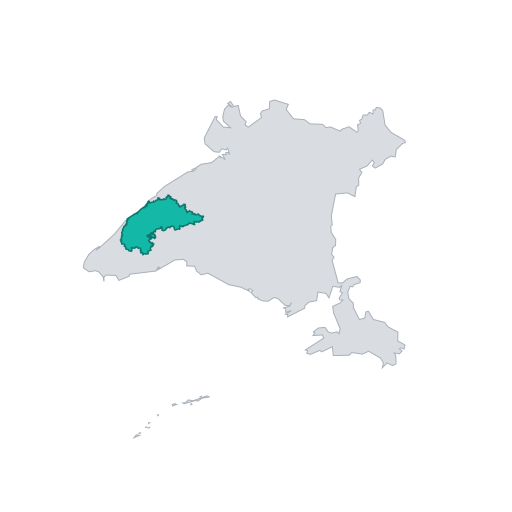 location of Karnataka within India, rotated 68°
{"feature_id": "IND-2446", "entity_name": "Karnataka", "entity_type": "State", "adm_level": 1, "iso_a3": "IND", "parent_name": "India", "parent_adm1": "", "projection": "natural_earth1", "projection_center": [76.378, 15.043], "detail": "fine", "context": "in_parent", "style": "filled", "palette": "teal", "viewbox_px": 512, "rotation_deg": 68, "n_neighbors": 0, "source": "natural_earth", "source_scale": "10m", "svg_char_len": 9731}
<svg xmlns="http://www.w3.org/2000/svg" viewBox="0 0 512 512"><g transform="rotate(68 256 256)"><path d="M103.2,221.8L109.1,220.5L109.8,216.1L120.5,217.9L127.8,214.8L130.2,217.0L133.6,215.0L129.7,199.0L125.6,198.5L123.9,195.9L124.5,188.4L117.9,185.4L118.2,180.6L127.5,169.2L131.5,173.1L142.8,169.9L147.8,160.0L153.7,156.5L158.8,145.0L163.2,143.0L164.2,138.7L171.8,131.1L170.6,129.2L171.1,121.2L179.0,116.2L178.1,114.2L172.4,112.7L172.2,109.3L169.1,109.2L168.5,106.4L165.5,103.9L167.0,99.9L165.2,97.2L168.1,94.3L164.5,92.7L165.2,90.7L163.4,88.9L165.2,85.4L168.6,84.0L183.0,87.3L192.1,84.4L204.4,74.8L206.8,75.0L206.6,77.9L209.8,86.0L216.4,89.8L213.9,93.5L214.8,100.0L218.2,104.1L219.1,112.6L216.1,114.4L213.8,111.4L210.6,112.3L214.2,119.4L214.3,127.5L218.1,126.5L222.1,131.6L228.9,134.2L229.4,137.0L238.0,142.1L231.7,147.6L228.4,159.0L247.1,171.2L255.7,173.6L256.4,175.6L262.2,177.4L270.6,175.9L276.0,178.3L276.9,181.6L282.8,185.3L286.2,184.1L288.6,187.1L311.8,189.9L313.4,185.6L311.4,180.4L312.8,170.1L317.3,168.3L319.7,169.4L319.3,175.5L320.8,178.1L319.3,179.9L323.7,184.4L330.2,185.9L336.2,183.5L340.4,185.0L353.6,183.9L354.3,178.4L349.0,175.1L349.3,172.5L358.8,171.0L365.8,161.5L371.1,160.2L379.7,152.9L387.9,156.4L394.4,151.2L397.8,153.7L395.5,155.8L395.7,157.8L398.8,156.2L400.5,159.8L397.5,164.3L400.9,163.7L408.5,166.7L408.8,170.3L404.3,174.7L406.9,180.7L402.9,177.9L397.3,178.8L386.5,187.2L386.8,194.2L381.4,203.3L382.9,206.8L377.3,221.6L368.7,219.2L369.5,231.0L367.4,232.2L367.6,242.4L365.2,245.4L363.1,243.6L361.6,245.5L357.5,224.0L354.1,224.0L351.1,232.9L349.1,230.1L347.9,231.3L346.1,225.3L348.0,218.8L353.4,217.6L355.7,214.9L356.8,208.9L359.3,208.1L354.8,205.2L337.9,205.4L331.4,203.7L331.1,195.5L329.4,192.0L328.2,194.7L326.3,194.7L322.5,189.6L320.5,191.6L315.6,187.6L316.4,190.1L312.9,196.2L322.2,204.1L317.0,205.0L312.6,212.1L320.1,216.5L318.6,224.1L320.4,229.4L322.6,230.3L324.3,249.6L322.3,248.5L321.1,250.5L319.9,243.7L319.4,249.6L316.2,248.3L314.5,249.9L315.1,243.5L312.4,240.5L314.8,243.7L312.6,247.5L303.7,251.6L301.2,254.9L302.5,261.7L300.2,266.6L296.3,270.4L294.9,269.8L294.6,271.8L287.8,274.4L287.1,271.9L284.4,273.6L283.7,275.6L286.4,275.2L279.4,281.5L272.4,292.0L253.9,307.1L252.9,313.9L247.6,316.8L242.5,316.7L239.2,324.0L235.6,322.2L231.9,324.6L229.3,332.6L232.1,352.6L230.5,349.7L229.5,351.0L232.5,354.1L225.6,379.9L227.3,381.3L227.2,392.3L221.6,393.2L217.6,401.8L218.4,404.8L222.7,406.5L218.0,405.6L212.0,407.6L209.5,410.3L208.1,416.7L202.2,420.5L197.3,417.5L191.8,410.2L189.3,403.3L188.4,397.3L190.8,402.2L189.5,397.4L182.8,379.3L174.5,364.1L168.4,339.9L163.8,332.6L162.6,325.2L160.9,324.6L157.3,315.1L152.5,287.6L153.9,282.8L153.6,281.2L152.1,283.4L151.8,282.1L151.9,279.3L153.7,279.6L151.6,278.5L150.4,272.6L152.8,262.0L150.0,253.2L151.2,252.0L149.9,252.1L155.2,248.4L149.2,249.1L150.9,245.6L149.0,245.6L149.3,243.3L152.1,242.3L145.4,241.9L146.4,244.1L143.8,247.5L146.1,251.2L143.5,255.9L133.0,261.2L127.3,259.9L111.4,241.6L112.3,239.8L114.6,241.7L124.2,238.0L127.6,231.5L118.8,235.7L114.3,234.6L108.1,230.2L105.8,225.4L109.6,221.9L103.9,225.1L103.2,221.8ZM366.1,377.1L364.0,372.8L366.7,368.4L367.2,354.2L369.3,351.8L367.6,359.4L368.8,364.5L367.4,365.8L366.1,377.1ZM378.7,431.1L378.8,437.2L376.9,433.9L378.7,431.1ZM363.9,389.4L362.5,389.5L362.3,386.9L363.9,385.1L363.9,389.4ZM373.7,421.3L373.6,423.1L373.3,421.4L373.7,421.3ZM375.4,418.8L374.8,421.2L375.0,418.7L375.4,418.8ZM377.2,428.9L376.7,430.8L376.2,430.1L377.2,428.9ZM367.4,406.8L366.4,406.9L366.9,405.9L367.4,406.8ZM365.8,378.0L364.8,379.0L365.2,377.4L365.8,378.0ZM369.2,370.8L369.7,372.5L368.5,371.2L369.2,370.8ZM371.2,418.4L370.3,418.1L370.7,417.1L371.2,418.4ZM365.9,359.3L365.4,361.2L365.7,359.1L365.9,359.3Z" fill="#d9dde1" stroke="#a8b0b8" stroke-width="1"/><path d="M173.5,361.6L173.5,361.2L173.2,360.7L173.5,360.9L174.4,360.2L173.4,360.5L173.1,360.4L172.6,358.0L172.7,357.6L172.5,357.2L172.0,354.5L171.7,353.9L171.6,352.8L171.8,353.4L171.9,353.5L171.6,352.0L171.5,350.7L171.9,350.6L172.2,350.4L171.7,350.0L171.8,349.9L171.7,349.7L171.4,350.4L170.9,348.2L170.6,347.3L169.6,345.7L169.3,343.8L168.9,343.1L169.0,342.8L169.8,342.9L168.9,342.5L168.8,342.3L168.8,341.7L168.1,339.4L168.5,340.3L168.6,340.0L168.9,340.1L168.3,339.4L168.4,339.2L168.2,339.2L168.2,338.9L168.0,339.0L168.0,339.5L167.6,339.4L167.5,338.7L168.0,338.4L167.3,338.4L167.1,337.0L166.7,336.8L166.4,337.1L166.2,336.6L165.5,336.3L165.3,335.9L165.5,336.0L165.7,335.5L166.1,335.7L166.4,335.2L166.8,335.2L166.6,334.7L165.9,335.4L165.5,335.4L165.3,334.9L166.0,334.4L166.5,334.4L166.9,334.1L167.2,333.1L167.2,332.1L167.5,331.1L166.9,330.4L167.5,330.1L167.6,329.9L167.6,329.3L167.1,328.6L167.1,328.1L166.9,327.8L167.1,327.0L166.9,325.7L166.2,325.3L165.9,325.5L165.5,325.4L165.4,325.1L165.9,324.3L166.5,323.8L166.8,324.4L167.4,324.3L167.9,323.9L168.4,323.0L168.2,322.6L168.9,321.2L169.0,320.7L169.0,320.3L168.5,320.0L168.7,319.7L169.4,319.6L169.5,319.3L169.5,318.2L169.4,317.9L168.3,317.2L167.9,317.3L167.7,316.2L168.2,315.9L167.9,315.6L167.8,315.2L167.4,315.1L167.3,314.7L166.8,314.8L167.0,314.1L167.5,314.3L167.8,313.8L168.2,314.1L168.8,313.4L169.1,312.8L170.0,313.1L170.3,314.0L171.1,313.4L171.5,313.3L171.6,313.0L171.3,312.7L171.6,312.4L171.8,311.9L172.1,311.9L172.9,311.3L173.6,311.4L173.7,311.1L173.5,310.1L174.3,309.7L174.7,308.9L175.1,309.0L175.7,308.9L176.4,309.8L176.9,310.0L177.7,309.6L177.7,309.0L177.9,308.8L178.6,308.8L179.1,308.5L179.7,308.5L180.2,308.8L180.7,308.5L181.0,308.1L181.6,308.6L181.8,308.6L182.0,308.2L181.8,307.6L182.1,307.2L181.6,306.3L181.8,305.3L181.7,304.9L181.4,304.7L181.0,303.4L181.8,302.3L182.2,302.4L182.4,303.0L183.1,303.1L183.4,303.6L183.5,303.6L184.0,303.1L184.2,303.3L184.4,303.1L184.7,303.9L185.2,304.2L185.9,303.9L186.3,303.9L187.0,303.5L187.5,303.6L188.1,303.4L188.7,303.8L189.6,303.8L189.9,303.5L189.2,302.3L189.5,301.8L189.4,301.2L189.2,300.6L190.0,300.3L190.3,299.8L190.8,299.5L190.9,299.1L191.2,298.9L191.4,298.5L192.2,298.6L193.1,299.4L193.4,298.3L193.9,297.9L193.8,297.0L194.8,297.2L195.1,296.9L195.3,296.3L195.5,293.7L196.0,293.5L197.4,293.3L197.8,292.5L198.9,291.7L199.0,290.7L199.3,290.0L199.9,290.0L200.2,290.3L200.2,291.3L201.1,291.7L201.2,292.2L201.4,292.2L202.0,291.8L202.8,292.0L202.6,292.8L202.9,294.3L202.5,294.6L203.0,295.3L203.2,296.3L203.1,296.7L202.0,297.7L201.9,298.0L202.2,298.5L202.2,298.8L201.5,299.3L200.9,300.4L201.1,300.6L201.8,301.0L202.8,301.0L202.9,301.4L203.7,301.0L203.9,301.2L203.5,302.0L202.9,302.2L202.6,302.7L202.2,302.9L201.8,303.6L200.5,305.5L200.5,306.2L201.1,306.5L201.5,308.0L201.2,308.9L201.2,310.7L200.9,311.6L200.9,311.8L201.3,312.2L200.9,312.8L201.3,312.8L201.1,313.5L200.7,313.8L200.5,314.3L199.3,315.3L199.7,315.8L200.8,316.1L201.8,316.1L202.3,316.4L202.5,316.9L201.8,317.6L201.7,318.8L201.7,320.9L201.3,321.5L199.8,321.5L199.0,321.2L198.3,321.3L197.3,321.9L196.9,322.5L196.8,323.9L197.5,325.1L197.4,325.3L197.0,325.2L196.7,325.4L196.5,325.8L196.6,327.1L196.3,326.9L196.2,327.1L196.7,328.2L196.8,329.1L197.7,329.6L198.0,331.7L197.5,332.9L196.9,333.4L196.5,333.1L196.0,333.2L195.1,333.0L194.0,332.3L193.8,332.7L193.8,333.3L193.5,333.7L194.5,334.2L194.6,334.5L194.4,336.1L194.0,336.5L194.0,337.0L193.8,337.7L193.8,338.4L193.9,339.1L194.3,339.3L194.7,340.0L195.6,340.0L195.8,340.2L195.6,340.9L195.2,341.0L195.0,341.3L195.1,341.8L195.7,342.3L195.6,342.8L197.3,343.2L197.5,342.5L198.0,341.8L198.6,342.0L199.3,341.9L199.4,342.3L200.1,342.5L200.5,343.1L200.7,342.9L200.4,342.1L200.6,341.9L200.9,342.0L201.0,342.3L201.5,342.5L201.4,343.1L201.6,343.7L200.6,344.0L200.1,344.5L200.4,344.7L200.1,345.4L200.4,346.2L200.7,346.5L200.7,346.9L200.9,347.3L200.7,347.5L200.1,347.2L200.1,346.9L199.7,346.0L199.2,345.8L197.8,346.0L197.4,345.7L196.5,345.3L196.2,343.9L195.7,343.7L195.2,344.0L195.2,344.4L195.9,345.2L195.9,345.9L196.7,347.2L196.1,348.3L196.2,349.2L196.4,349.2L196.5,348.9L197.0,349.3L197.3,349.0L197.9,349.0L197.9,348.2L197.6,347.9L197.9,347.7L198.1,347.2L198.2,347.7L198.7,347.4L198.9,347.7L199.3,347.8L199.7,348.0L200.7,348.0L201.1,348.6L201.3,349.8L201.9,349.8L202.5,349.4L202.9,349.4L203.1,348.9L203.5,348.8L203.8,349.1L204.0,348.5L204.5,348.3L205.1,347.7L204.9,347.1L205.0,346.9L205.6,346.9L206.0,347.1L206.6,346.5L206.7,347.1L206.3,347.6L206.5,348.2L206.9,347.7L207.3,347.8L207.7,347.5L208.2,347.9L208.3,348.2L208.4,348.7L208.2,349.2L208.4,349.8L208.0,349.9L208.1,350.4L208.7,350.4L209.3,351.1L209.8,351.2L210.3,351.3L210.6,351.1L211.3,351.3L211.1,353.9L211.4,354.6L212.3,354.7L212.9,355.2L213.3,354.9L213.4,355.0L213.4,356.0L213.0,356.9L212.8,357.7L212.4,358.1L211.8,359.5L212.2,359.8L212.4,360.3L212.1,360.3L211.4,359.8L211.1,359.8L211.0,360.3L210.8,360.4L210.4,360.6L210.0,360.5L210.0,361.3L209.8,361.7L209.1,361.5L207.8,360.5L207.2,361.1L206.3,360.3L205.7,360.3L205.2,360.5L204.7,361.8L204.8,362.2L204.0,362.7L203.1,362.8L202.7,364.2L202.8,364.6L202.8,365.0L203.1,365.0L203.3,365.2L203.1,366.1L202.6,367.0L201.6,368.0L201.8,368.6L203.8,368.7L204.5,369.1L204.9,369.7L204.8,370.0L203.8,371.6L203.5,371.8L202.2,372.0L201.9,372.2L201.3,373.6L201.0,373.9L200.2,374.0L199.4,373.5L199.0,373.7L198.0,373.8L197.6,374.4L196.7,373.5L195.7,373.7L194.9,375.0L194.7,375.9L193.9,375.7L191.9,375.8L191.7,375.7L191.7,375.0L191.2,374.8L190.7,374.9L190.3,375.4L189.9,374.4L189.1,374.4L188.6,373.7L188.1,373.7L187.6,373.0L187.0,373.0L186.7,372.9L186.7,371.9L186.6,371.7L185.4,372.1L184.0,371.8L183.4,371.1L183.2,370.4L182.6,370.3L182.2,370.0L181.8,370.0L181.6,369.5L180.8,369.1L179.6,367.6L179.2,367.5L179.0,366.7L178.7,366.2L178.7,365.9L179.0,365.3L178.4,365.3L177.7,364.5L177.7,364.3L178.0,363.7L177.5,363.5L177.0,363.7L176.6,363.3L176.2,363.3L176.1,363.0L176.1,362.7L175.7,362.4L175.1,362.6L175.1,362.2L174.6,362.0L174.4,361.5L173.5,361.6Z" fill="#14b8a6" stroke="#0f766e" stroke-width="1.5"/></g></svg>